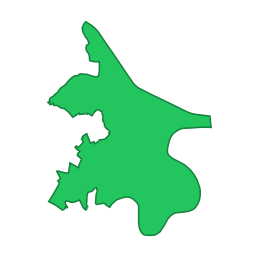 outline of Thu Duc, Hồ Chí Minh city, Vietnam, rotated 267°
{"feature_id": "81297802B1678031067910", "entity_name": "Thu Duc", "entity_type": "district", "adm_level": 2, "iso_a3": "VNM", "parent_name": "Vietnam", "parent_adm1": "Hồ Chí Minh city", "projection": "albers", "projection_center": [106.748, 10.855], "detail": "fine", "context": "isolated", "style": "filled", "palette": "green", "viewbox_px": 256, "rotation_deg": 267, "n_neighbors": 0, "source": "geoboundaries", "source_scale": "gbopen_adm2", "svg_char_len": 5551}
<svg xmlns="http://www.w3.org/2000/svg" viewBox="0 0 256 256"><g transform="rotate(267 128 128)"><path d="M124.1,211.1L125.6,211.0L127.3,210.8L128.9,210.8L132.0,210.6L135.6,210.5L136.3,206.5L137.6,198.9L138.4,194.9L139.5,191.3L140.8,188.4L142.4,185.4L144.7,181.3L148.6,174.3L153.1,166.2L157.6,158.0L160.9,151.9L164.0,146.5L167.4,140.6L169.4,138.3L171.2,136.6L172.8,135.4L176.5,133.1L184.2,128.4L193.0,123.1L203.2,117.0L211.4,111.9L219.9,106.7L225.4,103.4L228.2,101.3L229.4,100.2L231.8,97.6L233.5,95.4L236.4,91.4L234.9,89.9L234.0,89.3L232.9,88.7L230.6,87.6L229.8,87.5L228.1,87.8L226.7,87.9L225.7,88.2L224.1,88.9L222.2,90.2L221.4,90.1L219.6,91.5L217.4,92.7L216.9,92.9L216.3,92.9L215.9,92.8L215.0,93.7L214.9,93.8L214.2,93.4L213.7,92.9L213.2,91.9L212.8,90.9L210.2,90.2L207.9,90.4L206.2,91.3L203.9,92.7L202.2,93.1L199.5,93.2L197.2,93.2L196.0,97.4L195.9,98.9L195.7,101.5L195.7,102.8L194.8,102.8L192.0,102.7L187.7,102.5L186.0,102.2L184.6,102.0L183.4,101.7L181.1,100.9L181.1,100.2L180.9,99.8L180.9,99.7L180.8,99.2L180.8,98.7L180.8,98.4L181.1,97.9L181.2,97.0L181.3,96.3L181.6,95.3L182.0,94.3L182.5,93.0L182.9,91.9L183.1,91.3L183.6,90.2L183.8,89.7L183.9,88.6L183.9,87.9L184.0,87.0L184.3,86.2L184.3,85.3L184.4,84.6L184.5,84.0L184.5,83.0L184.4,82.7L184.0,81.9L183.5,81.5L183.1,81.0L183.0,80.3L182.9,79.6L182.9,78.7L182.9,77.9L182.7,77.3L182.4,76.6L181.9,75.7L181.7,75.1L181.5,74.8L180.8,74.0L179.7,73.0L179.4,72.4L178.9,71.8L178.0,70.9L176.9,69.8L175.8,68.8L175.2,68.3L174.5,67.5L173.6,66.4L173.0,65.6L172.6,64.9L172.2,64.1L171.9,63.5L171.4,62.9L170.9,62.4L170.5,62.1L169.6,61.2L168.7,60.5L167.7,59.9L167.0,59.2L166.6,58.7L166.2,58.1L165.7,57.2L165.1,56.5L164.6,55.9L163.6,55.0L163.2,54.3L163.0,53.7L162.8,53.1L162.2,52.2L161.4,51.6L160.8,51.2L160.4,51.1L159.9,50.9L158.7,51.4L158.6,51.2L158.2,50.3L157.9,49.3L157.1,49.7L157.1,51.0L155.5,51.1L155.6,51.9L155.6,52.7L155.8,53.2L156.5,54.6L154.7,54.8L154.4,55.5L154.3,56.7L154.2,57.9L153.6,59.4L152.9,60.2L151.8,61.7L151.1,63.2L150.8,65.2L149.8,66.4L148.8,67.4L148.1,68.2L147.3,69.0L145.6,70.5L143.0,72.5L141.7,73.3L142.0,74.0L142.4,75.0L142.8,75.8L143.9,77.3L144.0,77.6L145.0,79.6L145.3,80.1L143.9,80.6L144.1,81.1L144.4,81.8L144.2,83.2L144.3,85.3L144.8,86.6L144.8,86.8L144.1,87.7L143.9,88.3L144.8,88.7L144.8,88.8L144.5,89.5L144.2,90.0L143.1,91.1L142.1,92.7L145.6,95.2L145.8,95.3L146.2,96.2L147.4,97.4L147.8,97.5L147.8,98.1L147.8,98.8L147.7,99.4L146.2,101.8L145.8,102.6L145.7,102.9L143.8,102.9L143.4,102.9L142.8,103.1L141.5,103.5L140.6,103.7L140.1,103.6L139.6,103.5L138.0,103.1L137.6,103.2L136.9,103.3L136.5,103.2L134.3,104.4L133.5,104.7L133.0,104.8L132.4,104.7L131.8,104.6L131.3,104.7L130.9,104.9L130.5,105.1L129.4,105.8L128.8,106.1L129.0,106.4L125.3,109.8L124.8,109.6L124.2,108.5L122.9,109.4L122.4,108.6L121.9,108.8L121.7,108.6L120.6,107.0L118.6,105.0L118.1,104.0L117.9,102.6L117.7,100.5L117.7,100.1L117.8,99.0L117.6,98.8L116.9,98.7L116.6,98.4L115.4,96.4L114.6,95.1L114.0,94.0L116.1,93.3L114.9,89.7L122.9,87.0L124.5,86.5L123.9,85.3L122.5,82.8L121.8,81.9L120.8,82.4L119.5,80.9L116.7,82.6L116.3,82.6L115.5,81.9L112.3,78.8L111.4,77.3L112.8,75.7L111.6,74.1L109.3,75.8L107.2,78.8L106.6,78.2L105.7,76.9L103.7,75.9L102.8,76.4L101.2,78.1L99.4,80.1L93.5,77.0L92.9,77.0L92.1,76.8L90.9,76.5L92.6,74.0L96.2,68.1L93.6,67.8L86.4,66.2L86.3,65.0L86.3,64.0L86.4,63.4L87.6,59.1L88.7,56.1L88.5,54.6L86.2,55.6L81.1,57.9L78.8,55.0L77.1,56.6L76.9,56.7L76.5,56.4L75.2,55.8L73.9,55.1L72.0,53.9L65.7,49.9L58.6,44.9L56.1,49.4L55.3,50.7L54.1,52.4L49.5,58.1L49.8,59.1L50.0,59.8L50.5,60.3L51.0,60.6L51.9,61.0L52.4,61.2L52.5,61.3L52.2,61.5L51.8,61.8L51.5,62.0L51.5,62.4L51.5,62.7L51.7,63.2L52.0,63.4L52.6,63.2L53.7,62.4L54.6,61.9L55.8,61.6L56.8,61.4L57.5,61.4L57.9,61.5L58.2,61.8L58.3,62.4L58.2,63.2L58.2,63.7L57.9,64.6L57.1,66.4L56.8,67.3L56.7,68.0L56.7,68.9L57.0,70.9L57.3,72.4L58.7,75.7L51.8,78.7L50.1,79.6L48.4,81.5L49.3,82.7L50.7,81.9L51.5,83.7L54.0,82.4L54.6,82.5L55.6,82.9L56.1,82.9L56.9,83.0L58.1,83.1L58.6,83.2L59.3,83.3L60.1,83.3L61.3,83.4L62.1,83.5L63.2,83.8L64.9,84.3L65.6,84.5L66.0,85.6L66.2,86.2L66.3,87.3L66.8,88.7L67.5,89.7L68.4,90.8L69.4,91.6L69.9,92.2L70.0,92.7L70.0,93.0L69.9,93.6L69.1,93.6L67.7,93.8L66.5,93.9L66.0,93.9L65.2,93.5L63.6,92.8L62.8,92.6L61.3,92.4L59.2,92.2L57.6,92.0L56.4,91.8L55.5,91.7L54.9,91.7L54.3,91.8L53.3,92.4L53.6,95.7L54.0,98.5L54.1,99.6L54.1,99.8L53.9,100.4L51.7,102.8L51.5,103.0L51.3,103.2L51.2,103.4L51.0,103.6L49.8,105.7L51.9,107.1L53.4,108.5L56.1,111.8L57.1,113.8L58.4,118.1L59.1,121.6L59.1,123.3L59.0,124.4L58.6,126.2L56.9,129.2L54.5,131.6L52.9,133.0L51.5,133.8L50.2,134.4L49.4,134.5L33.8,133.7L31.8,133.7L28.7,134.0L26.1,134.5L24.3,135.2L22.3,136.4L20.8,138.0L20.3,139.1L19.6,144.0L19.6,147.5L20.1,150.3L21.1,152.0L22.8,154.7L27.7,158.3L28.8,159.2L34.9,162.8L37.0,164.7L38.8,167.0L40.0,168.9L40.2,169.6L40.7,171.2L41.0,174.6L41.1,178.7L41.4,181.9L41.6,183.5L41.7,184.3L42.3,186.2L42.8,187.9L44.3,190.4L46.8,192.6L50.2,194.6L50.8,194.9L52.5,195.6L56.9,196.6L61.8,196.8L65.0,196.5L69.1,195.2L73.0,194.1L76.5,192.3L77.4,191.8L82.1,188.7L85.8,185.3L88.3,182.5L90.9,178.4L93.2,174.4L95.0,171.2L97.3,168.6L98.8,167.2L100.2,166.5L101.5,166.2L102.1,166.2L103.4,166.2L105.3,166.4L108.2,167.1L114.3,169.0L116.1,169.9L116.2,170.0L118.0,171.2L119.4,172.3L120.6,173.6L121.8,175.6L122.7,176.9L123.4,178.1L123.7,179.1L124.1,180.1L124.4,180.9L124.6,181.6L124.7,183.0L124.8,184.9L124.8,188.5L124.7,191.1L124.8,195.0L124.9,197.9L124.9,202.7L124.6,205.0L124.6,206.4L124.6,207.5L124.4,208.5L124.4,209.4L124.3,210.2L124.2,210.7L124.1,211.0L124.1,211.1Z" fill="#22c55e" stroke="#15803d" stroke-width="1.5"/></g></svg>